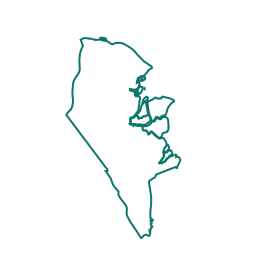 Indragiri Hilir, Riau, Indonesia, rotated 323°
{"feature_id": "22746128B36468792556341", "entity_name": "Indragiri Hilir", "entity_type": "district", "adm_level": 2, "iso_a3": "IDN", "parent_name": "Indonesia", "parent_adm1": "Riau", "projection": "equal_earth", "projection_center": [103.334, -0.292], "detail": "fine", "context": "isolated", "style": "outline", "palette": "teal", "viewbox_px": 256, "rotation_deg": 323, "n_neighbors": 0, "source": "geoboundaries", "source_scale": "gbopen_adm2", "svg_char_len": 6012}
<svg xmlns="http://www.w3.org/2000/svg" viewBox="0 0 256 256"><g transform="rotate(323 128 128)"><path d="M150.8,181.4L150.2,180.7L148.8,180.2L150.3,178.7L150.2,178.1L149.1,177.3L146.9,177.2L144.9,176.0L140.8,176.3L137.1,177.3L135.4,176.6L134.1,176.8L131.7,174.9L132.5,174.3L134.6,174.0L135.8,173.3L139.4,172.3L140.1,171.4L141.3,169.4L141.3,168.8L141.8,168.1L142.1,167.8L143.1,167.8L144.8,165.9L146.2,165.8L148.7,164.7L149.4,163.6L149.9,162.5L150.3,159.1L150.3,157.9L149.6,156.5L147.4,155.8L146.2,154.7L145.9,153.0L145.1,150.4L144.4,145.0L143.9,144.9L141.8,145.8L140.3,145.4L141.2,142.0L141.2,141.4L141.0,141.0L140.1,140.7L139.0,139.5L138.7,138.7L139.6,136.2L140.5,135.2L139.9,134.3L136.7,132.0L134.8,129.5L133.4,129.5L133.3,127.5L132.2,127.0L131.8,126.5L131.7,125.5L133.5,124.6L134.8,122.2L136.2,121.3L139.0,122.2L139.9,122.2L146.8,120.3L150.0,116.8L152.0,115.1L152.5,114.1L155.4,111.9L156.1,110.5L155.7,109.1L153.3,107.4L153.4,105.5L154.6,104.8L154.9,103.5L154.8,103.0L154.1,102.2L154.4,101.4L154.0,99.8L153.1,100.3L152.7,100.0L152.9,98.9L152.5,98.6L153.1,98.0L156.0,101.1L156.3,101.5L156.3,102.5L156.8,102.5L158.0,101.9L159.1,102.7L159.7,102.0L161.6,101.5L162.6,100.5L163.3,100.4L164.2,99.1L164.5,98.2L164.4,97.4L163.8,96.8L162.8,97.5L162.1,97.4L163.8,95.6L164.7,95.2L166.2,93.8L167.8,94.8L168.3,94.6L170.5,95.3L170.4,94.9L171.8,95.7L172.8,95.9L177.2,94.9L177.9,94.5L178.4,94.6L179.2,94.1L183.1,94.5L183.7,93.8L183.8,93.1L180.9,84.5L179.6,75.0L179.5,71.0L178.7,67.0L177.4,63.2L175.0,57.7L174.2,56.6L171.7,54.2L169.3,52.7L166.0,51.8L165.0,50.3L163.7,46.3L162.8,45.2L160.8,43.3L159.0,40.6L155.6,38.6L155.5,38.1L154.9,38.0L154.9,37.7L154.6,37.6L152.4,34.7L150.5,33.1L150.4,32.6L149.9,32.4L148.4,30.7L146.4,29.6L143.3,29.0L141.5,35.2L137.8,37.2L134.3,39.8L130.1,44.4L124.5,52.5L121.9,54.3L114.1,57.2L112.0,58.4L108.1,62.5L104.3,67.0L100.1,73.8L97.0,76.7L95.2,78.0L93.5,78.8L89.0,79.5L86.6,80.5L86.5,147.3L86.8,148.2L85.7,150.1L85.3,150.0L84.3,149.1L83.9,157.5L82.1,163.6L81.8,165.3L82.1,173.3L80.2,175.4L79.7,178.6L79.6,189.3L79.2,190.6L78.5,191.8L75.4,195.5L74.7,196.8L74.1,199.2L73.3,204.9L72.9,214.9L72.2,223.5L72.5,224.0L73.7,223.9L75.0,223.4L77.7,223.7L78.3,224.1L78.9,225.5L79.9,226.9L80.4,227.0L81.0,226.2L82.5,225.5L82.8,223.9L83.8,223.8L83.8,222.5L84.3,222.8L85.5,222.2L85.9,222.3L86.6,221.3L87.8,221.7L88.2,221.1L88.0,218.9L88.6,218.1L89.2,218.1L89.6,217.7L90.1,217.9L90.4,217.1L90.0,216.3L90.2,215.7L91.3,216.5L91.6,216.1L92.3,216.4L92.2,214.8L91.6,214.1L92.5,212.2L96.1,207.6L101.3,202.0L105.3,196.6L112.0,184.1L112.7,183.2L115.9,183.2L119.8,183.6L122.4,182.2L123.9,182.5L142.2,187.7L142.5,187.8L142.7,189.0L143.3,189.4L143.6,189.2L144.1,188.4L145.1,188.1L150.6,185.1L151.1,182.9L150.8,181.4ZM162.1,119.5L160.7,118.9L159.1,119.3L157.4,121.7L155.2,125.8L153.3,129.7L152.7,132.5L151.6,135.9L151.8,136.7L152.5,137.4L153.1,137.6L157.0,136.1L158.0,136.7L159.3,139.4L161.5,138.8L162.9,138.9L164.4,140.2L164.8,139.9L165.2,140.3L167.3,139.4L169.5,137.8L170.5,136.8L172.7,135.8L173.1,135.4L177.1,134.4L179.3,134.3L180.6,134.5L181.2,134.1L181.1,133.1L179.6,130.0L174.5,123.7L173.9,123.7L172.9,124.2L172.9,123.9L170.5,123.4L170.4,123.0L169.6,122.5L169.0,121.8L168.5,120.4L168.0,120.1L166.0,120.1L164.0,119.9L162.9,119.4L162.1,119.5ZM144.2,137.8L140.9,135.7L139.8,136.4L138.9,138.7L140.1,140.3L141.1,140.8L141.4,141.2L140.8,145.0L144.1,144.4L145.0,145.3L146.6,154.0L147.0,154.6L148.2,155.1L149.2,155.2L149.7,154.7L151.0,154.3L152.0,153.4L153.1,153.1L156.6,154.6L157.0,154.5L157.1,154.2L157.6,154.4L158.5,154.0L160.5,152.4L160.7,151.6L160.9,151.6L161.7,150.7L164.8,145.7L165.2,144.7L165.2,143.9L164.9,142.5L163.5,140.8L162.0,140.2L159.5,140.7L158.9,140.5L158.0,139.3L157.5,137.6L157.0,137.1L153.3,138.6L151.9,138.1L151.2,137.3L149.4,138.0L147.3,138.3L144.2,137.8ZM138.8,123.2L136.5,122.2L135.8,122.3L133.9,125.1L132.3,126.2L132.4,126.5L133.5,126.9L133.9,127.7L135.6,128.4L137.6,131.0L138.9,131.6L140.1,132.5L141.9,134.7L143.9,135.8L149.4,135.9L150.4,135.5L151.7,133.7L152.3,131.5L152.3,130.5L150.4,129.1L148.9,129.3L147.4,128.1L146.2,128.1L145.4,128.5L143.7,127.1L142.4,127.3L142.1,127.1L142.1,126.5L142.8,124.7L142.0,123.1L138.8,123.2ZM153.4,126.9L157.7,118.5L157.9,118.0L157.2,117.1L154.1,117.7L151.3,118.7L149.2,120.7L147.7,121.7L142.1,123.0L142.9,124.6L142.9,124.9L142.3,126.5L142.2,127.1L143.7,126.9L145.2,128.3L146.4,127.8L147.5,127.9L149.1,129.0L151.0,129.0L152.3,130.1L153.4,126.9ZM141.9,169.7L141.4,169.9L140.4,171.8L139.6,172.6L134.1,174.4L132.9,174.4L132.5,174.8L133.0,175.6L133.8,176.2L135.9,176.3L137.5,176.8L140.3,175.7L142.5,175.8L144.9,175.2L146.8,175.8L147.9,174.8L148.8,173.0L148.7,171.6L148.3,171.6L148.4,171.3L147.1,170.4L144.6,170.9L141.9,169.7ZM163.6,103.3L162.8,101.8L161.7,102.4L160.2,102.4L159.5,103.1L158.3,103.6L157.4,104.3L157.7,105.5L156.5,105.7L156.5,107.3L158.7,107.8L160.1,107.4L163.5,105.3L164.0,104.7L164.2,103.9L163.6,103.3ZM149.7,165.5L149.4,165.1L148.8,165.1L147.4,165.4L146.4,166.0L144.9,166.0L143.0,168.1L142.1,168.0L141.5,168.7L141.3,169.2L143.4,169.7L144.6,170.3L148.2,169.0L148.8,168.6L149.5,167.3L149.7,165.5ZM161.4,114.1L158.7,114.2L156.9,114.8L154.1,117.1L157.1,116.6L158.8,117.5L161.9,116.3L162.0,115.5L161.9,114.5L161.4,114.1ZM168.5,96.7L168.4,96.0L168.1,95.4L166.2,94.0L164.8,95.4L166.2,96.8L166.4,97.7L167.0,98.4L168.2,99.1L169.0,98.9L169.1,98.6L168.5,96.7ZM163.7,44.4L164.0,43.9L164.0,43.4L163.0,41.5L160.9,39.7L159.9,39.4L159.4,39.7L160.0,41.0L161.1,42.4L163.7,44.4ZM170.7,99.4L172.0,98.0L171.9,97.4L170.4,95.6L168.4,94.9L168.0,95.0L168.5,96.0L169.1,98.4L170.0,99.2L170.7,99.4ZM156.3,105.7L157.6,105.3L157.2,104.4L156.3,103.4L155.8,103.4L155.3,103.7L154.8,105.0L153.7,105.9L155.3,107.1L156.3,107.3L156.3,105.7ZM153.9,99.0L152.9,98.3L152.8,98.5L153.0,99.4L152.8,99.8L153.2,100.0L153.7,99.5L154.2,99.7L154.5,101.0L154.4,102.2L155.2,103.2L156.0,103.0L157.4,103.9L158.4,102.8L158.0,102.4L156.9,103.0L156.2,102.8L155.9,102.4L155.9,101.5L154.8,100.5L153.9,99.0ZM163.9,107.4L164.6,107.3L164.8,106.9L163.9,107.4Z" fill="none" stroke="#0f766e" stroke-width="2"/></g></svg>